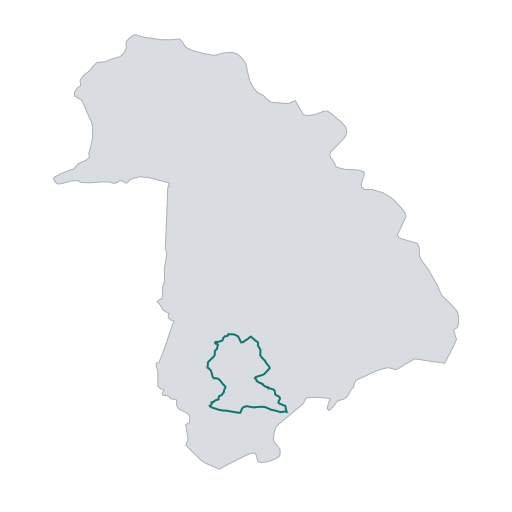 Gourma highlighted on a map of Burkina Faso, rotated 93°
{"feature_id": "BFA-2184", "entity_name": "Gourma", "entity_type": "Province", "adm_level": 1, "iso_a3": "BFA", "parent_name": "Burkina Faso", "parent_adm1": "", "projection": "equal_earth", "projection_center": [0.734, 12.217], "detail": "fine", "context": "in_parent", "style": "outline", "palette": "teal", "viewbox_px": 512, "rotation_deg": 93, "n_neighbors": 0, "source": "natural_earth", "source_scale": "10m", "svg_char_len": 5201}
<svg xmlns="http://www.w3.org/2000/svg" viewBox="0 0 512 512"><g transform="rotate(93 256 256)"><path d="M390.1,347.2L376.2,348.0L371.1,350.0L368.0,350.0L367.9,348.3L367.5,347.3L349.9,341.6L337.6,338.3L325.0,334.5L324.3,338.0L322.5,340.3L319.8,340.5L317.9,339.9L316.7,342.6L314.6,346.2L311.7,347.9L308.8,350.1L307.2,352.0L306.1,352.1L303.2,347.5L299.4,347.1L292.3,347.8L289.1,346.6L284.7,346.0L274.4,346.9L257.9,345.1L255.2,346.1L254.5,346.9L238.1,347.1L220.1,347.3L205.1,347.5L191.9,347.7L191.9,346.9L187.7,346.8L187.2,348.4L183.4,366.6L183.0,376.5L184.9,382.7L187.1,386.6L189.6,388.2L189.9,390.4L187.9,393.3L188.0,396.2L190.3,399.2L190.9,402.4L189.7,405.7L190.0,413.8L191.7,426.4L191.7,434.7L190.0,438.4L190.8,444.9L194.0,453.9L194.5,457.8L193.4,459.6L190.7,461.9L188.0,461.9L184.8,456.4L183.4,453.9L180.9,448.3L178.7,442.7L175.8,440.3L172.9,438.0L169.4,430.9L166.0,427.5L162.4,428.4L157.1,427.1L146.5,425.4L135.1,425.9L130.4,427.5L125.7,430.1L113.9,435.8L109.2,438.6L105.6,445.8L101.6,445.6L97.6,443.3L95.1,440.1L89.7,440.8L84.5,437.6L79.5,431.5L75.8,429.4L71.0,424.9L69.8,416.4L66.8,410.4L64.1,402.2L60.1,398.4L55.3,396.4L48.8,396.9L44.6,393.5L41.2,388.7L42.1,384.5L43.7,378.5L43.9,372.7L45.0,363.4L44.5,351.8L43.3,343.6L46.9,340.2L51.1,337.2L53.8,331.7L56.5,319.3L57.8,308.6L56.9,304.6L55.6,301.5L54.5,296.8L53.9,291.2L54.7,286.3L57.9,281.7L61.9,277.9L64.7,276.1L72.1,274.2L81.4,271.4L86.8,268.2L90.7,265.0L92.9,262.4L95.2,257.2L98.8,253.2L101.6,249.1L102.0,237.8L102.1,231.4L100.0,227.8L98.9,224.8L112.7,215.9L112.9,209.7L111.0,202.7L108.3,197.1L107.4,192.2L111.2,186.5L114.6,182.3L117.1,178.6L122.5,173.1L128.1,171.6L133.2,173.7L148.1,186.8L150.7,187.6L153.8,186.6L157.8,183.2L163.0,180.5L164.9,171.7L164.8,158.9L166.0,153.0L168.7,152.0L177.3,154.4L179.6,154.6L182.1,153.7L183.9,151.5L183.9,147.4L183.5,143.7L186.4,131.8L191.5,122.9L202.0,111.7L205.2,109.5L209.0,108.3L227.5,116.0L230.5,114.1L235.1,95.1L240.2,93.3L246.2,92.9L250.1,91.3L252.2,90.0L261.0,82.8L276.6,73.0L285.0,68.8L286.7,67.2L292.7,60.2L300.6,52.2L305.7,50.6L312.7,50.1L317.1,51.4L318.3,53.6L319.7,54.8L328.9,51.4L342.0,56.8L353.3,62.1L352.5,65.5L352.5,71.4L351.5,80.8L350.4,92.1L355.0,99.4L360.6,107.3L362.1,110.4L360.6,118.1L361.7,122.7L364.7,130.2L369.7,139.8L374.8,149.8L378.4,151.1L381.8,151.9L383.9,153.6L387.0,155.3L390.0,156.5L392.6,158.6L394.3,160.8L396.4,166.9L402.3,170.9L406.4,174.9L404.7,176.9L399.6,176.1L394.9,174.4L394.2,177.3L394.0,188.5L394.8,197.8L395.9,199.1L400.7,200.8L412.2,213.0L422.6,224.4L426.1,227.4L431.8,228.6L438.2,229.0L441.0,228.0L447.2,222.2L450.5,221.6L453.6,221.7L455.3,222.6L458.3,227.4L461.1,234.5L461.9,239.8L461.6,242.6L460.7,243.7L455.6,245.0L453.4,246.1L452.8,247.6L453.6,251.2L454.6,253.5L460.2,263.8L468.3,277.7L470.8,281.2L469.4,285.4L465.3,296.3L462.3,300.8L448.7,316.2L442.0,314.3L428.1,317.5L426.0,313.9L422.7,313.5L418.7,314.1L417.2,315.4L416.8,316.9L415.3,319.0L412.8,325.2L410.7,326.7L408.3,327.7L405.2,327.5L403.4,328.3L403.4,331.4L402.9,334.0L400.8,335.3L400.0,338.2L400.1,341.1L398.9,342.5L396.3,341.7L394.7,340.9L393.3,344.7L391.4,347.2L390.1,347.2Z" fill="#d9dde1" stroke="#a8b0b8" stroke-width="1"/><path d="M335.4,279.4L335.6,278.1L335.4,275.9L335.6,273.3L336.9,270.2L338.5,268.8L340.3,268.0L341.8,267.0L343.0,266.6L342.8,264.6L340.5,261.7L339.3,259.8L337.5,258.1L336.8,256.9L337.3,256.2L340.4,252.3L341.9,249.8L343.4,249.2L345.1,249.5L349.3,246.7L355.1,246.5L357.4,244.6L360.3,241.4L360.8,241.2L361.9,240.5L366.0,236.9L367.3,236.4L373.6,241.7L374.3,242.9L376.8,249.7L378.0,250.7L378.9,249.8L379.2,249.2L379.8,249.0L380.6,249.0L381.2,248.3L381.6,247.2L382.1,246.5L382.5,246.0L382.5,245.0L382.7,244.1L383.4,243.6L383.7,243.0L383.7,242.3L384.7,242.0L385.1,241.0L386.1,239.6L386.2,237.9L386.5,236.9L386.8,237.0L387.2,237.1L387.6,236.8L387.6,235.5L387.7,234.1L388.5,231.5L389.1,230.7L389.9,230.2L391.1,229.9L392.2,229.8L393.3,229.4L394.2,228.0L394.8,226.4L395.5,225.3L396.1,224.9L397.0,224.7L397.9,224.7L398.8,225.3L399.6,225.6L399.9,225.7L400.3,225.8L401.1,226.0L401.9,225.3L402.5,224.1L402.8,222.7L403.2,221.8L403.7,221.1L403.8,220.0L404.0,219.1L404.6,218.7L406.4,218.4L408.6,217.7L409.7,217.6L410.0,217.4L409.8,218.7L410.0,220.5L410.6,222.7L410.3,225.0L409.8,226.7L408.6,233.3L407.4,236.2L406.3,239.4L406.3,243.3L407.3,250.6L407.0,253.8L406.4,257.0L407.6,260.7L410.0,262.4L411.9,262.8L413.4,263.6L413.4,265.8L412.0,277.8L412.0,281.5L411.5,285.1L410.7,287.8L410.0,290.9L408.9,293.6L408.0,294.4L407.5,293.6L406.6,292.8L406.0,292.8L405.6,292.4L405.1,292.3L404.4,292.7L404.2,292.1L404.2,291.0L403.8,290.5L403.0,290.0L402.2,288.9L401.7,287.8L401.5,286.6L401.1,285.9L400.4,286.0L398.6,285.8L397.9,285.5L397.3,284.5L396.9,283.3L396.3,282.5L395.2,282.3L394.5,281.5L393.9,281.0L392.3,280.9L390.6,280.5L389.4,279.8L388.1,279.7L384.9,283.1L382.5,285.0L381.8,285.7L380.5,287.6L380.1,289.7L380.4,291.5L379.1,292.9L374.1,294.5L372.2,295.6L370.6,297.4L370.0,298.6L365.6,298.4L364.4,298.2L358.4,292.7L356.8,292.0L353.4,292.2L351.7,291.1L350.7,290.0L349.8,290.1L346.8,289.4L346.0,289.7L345.7,291.7L345.3,292.2L344.5,292.1L344.0,292.0L343.9,290.8L343.4,288.0L342.1,285.1L339.6,284.4L337.8,282.8L337.3,280.3L336.1,279.6L335.4,279.4Z" fill="none" stroke="#0f766e" stroke-width="2"/></g></svg>